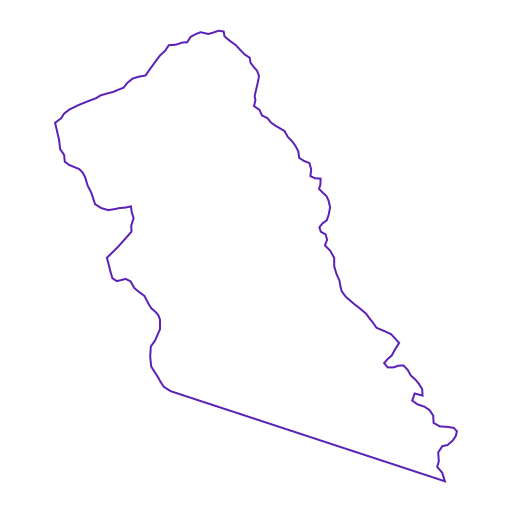 outline of Arenápolis, Mato Grosso, Brazil
{"feature_id": "56859067B2572711166571", "entity_name": "Arenápolis", "entity_type": "district", "adm_level": 2, "iso_a3": "BRA", "parent_name": "Brazil", "parent_adm1": "Mato Grosso", "projection": "mercator", "projection_center": [-56.855, -14.504], "detail": "fine", "context": "isolated", "style": "outline", "palette": "violet", "viewbox_px": 512, "rotation_deg": 0, "n_neighbors": 0, "source": "geoboundaries", "source_scale": "gbopen_adm2", "svg_char_len": 2264}
<svg xmlns="http://www.w3.org/2000/svg" viewBox="0 0 512 512"><path d="M444.9,481.3L442.2,472.7L437.2,466.9L438.8,461.3L438.2,452.4L442.4,446.1L447.4,445.1L452.6,440.7L455.8,436.0L456.9,431.3L453.8,427.9L447.7,426.9L439.8,426.4L433.6,422.9L433.2,415.6L429.6,410.2L424.5,406.7L417.2,404.2L412.2,400.6L414.6,393.5L422.5,395.6L422.2,389.2L418.9,383.8L415.4,379.6L410.8,375.5L407.7,369.9L403.4,365.4L398.4,365.7L393.5,367.4L387.7,367.4L384.1,363.1L387.7,359.0L391.8,355.4L395.1,349.3L399.1,343.0L395.2,338.6L391.1,334.2L383.0,330.5L376.5,327.8L372.9,322.6L369.9,318.9L365.9,313.5L359.2,307.9L354.6,304.4L350.1,300.5L345.8,296.8L341.8,291.4L340.6,287.2L339.4,280.4L336.4,273.7L334.2,266.4L334.2,257.8L330.1,250.6L324.9,245.4L327.1,239.8L325.6,234.4L320.8,231.7L319.4,227.3L322.3,223.6L326.8,220.2L328.7,214.7L330.1,207.4L328.5,200.4L326.4,196.0L323.0,192.9L319.0,188.9L320.4,184.7L320.6,178.6L315.1,178.3L310.4,176.1L311.2,169.6L309.5,163.1L303.9,160.9L299.2,157.9L298.3,151.4L295.4,145.8L292.1,141.3L287.8,136.9L284.5,131.0L279.6,128.1L275.2,125.6L270.8,122.4L267.6,118.2L262.0,115.5L259.5,109.9L254.0,106.1L255.4,100.5L254.7,95.9L256.1,89.7L258.0,81.6L259.0,76.0L257.1,70.8L254.1,67.4L250.6,62.9L249.7,57.7L244.8,54.6L240.2,49.9L235.9,45.2L229.9,40.9L224.5,36.4L223.7,31.5L218.7,30.7L213.8,32.4L208.3,34.0L200.5,32.2L195.6,34.2L190.7,36.8L187.1,42.3L182.7,42.5L175.2,44.8L168.8,45.2L165.0,50.9L160.0,55.5L155.0,62.2L149.8,69.3L145.5,75.5L138.6,76.7L132.4,78.7L127.1,83.1L123.6,87.7L118.9,89.5L113.3,91.9L107.4,93.4L100.8,95.3L95.8,98.3L89.8,100.5L85.1,102.4L79.3,104.7L69.6,109.4L64.2,113.5L61.2,118.2L55.1,122.8L59.1,140.0L60.1,149.1L64.1,154.9L64.8,161.7L68.9,164.8L73.6,166.8L79.1,169.0L82.6,172.5L85.0,176.9L87.7,185.7L91.3,192.7L92.9,197.6L95.1,204.2L101.3,208.1L108.1,210.1L114.8,209.1L119.3,208.1L125.3,207.6L130.9,206.4L131.7,212.0L133.6,218.2L131.2,225.8L131.5,231.7L117.7,247.2L111.0,253.8L106.9,257.7L108.6,264.2L110.7,272.5L112.4,278.2L116.7,281.1L121.0,280.1L125.7,278.9L130.6,281.4L134.3,288.0L138.9,291.9L144.4,295.9L147.9,302.7L151.2,308.2L155.2,311.6L158.4,315.3L160.0,319.7L160.0,329.2L155.0,340.6L150.8,346.5L150.2,356.5L151.2,366.6L158.1,377.4L160.5,381.8L163.8,386.8L170.7,391.2L444.9,481.3Z" fill="none" stroke="#5b21b6" stroke-width="2"/></svg>